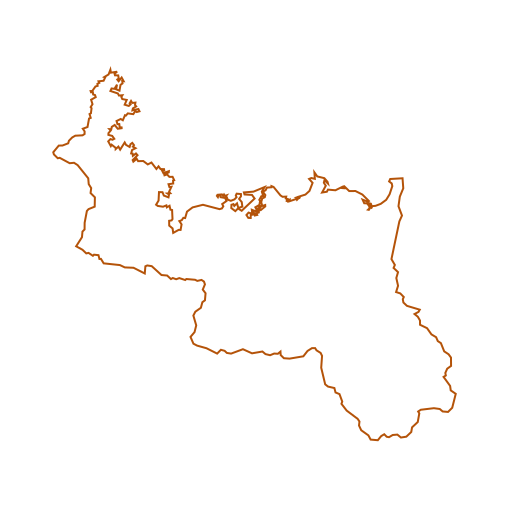 Kankintú, Ngöbe Buglé, Panama, rotated 5°
{"feature_id": "35544464B2015792153620", "entity_name": "Kankintú", "entity_type": "district", "adm_level": 2, "iso_a3": "PAN", "parent_name": "Panama", "parent_adm1": "Ngöbe Buglé", "projection": "orthographic", "projection_center": [-82.082, 8.823], "detail": "fine", "context": "isolated", "style": "outline", "palette": "amber", "viewbox_px": 512, "rotation_deg": 5, "n_neighbors": 0, "source": "geoboundaries", "source_scale": "gbopen_adm2", "svg_char_len": 6070}
<svg xmlns="http://www.w3.org/2000/svg" viewBox="0 0 512 512"><g transform="rotate(5 256 256)"><path d="M76.0,262.0L82.6,264.9L86.7,268.2L88.9,267.5L93.5,270.0L94.5,268.8L99.0,268.9L100.3,272.6L101.8,272.4L104.9,276.6L121.2,276.9L126.3,278.8L135.0,278.4L146.7,283.1L146.7,275.9L148.5,274.9L153.0,275.2L163.5,283.2L169.2,283.2L173.3,286.4L175.0,285.2L178.5,286.1L181.5,284.7L187.6,286.1L188.6,285.0L197.4,285.0L199.7,285.9L203.8,284.6L206.4,286.0L207.6,288.7L205.9,294.1L209.0,297.5L209.0,304.6L206.6,306.7L205.6,312.4L200.4,316.8L198.8,320.8L202.5,330.3L201.4,337.2L197.8,342.3L201.3,348.8L205.1,350.4L214.7,352.2L225.8,356.6L229.2,352.5L233.0,353.2L235.4,355.1L239.7,355.4L251.1,350.0L260.5,353.3L270.7,350.6L274.0,352.9L278.7,353.6L282.6,351.6L286.3,351.5L288.7,349.1L289.2,352.5L292.7,355.4L298.4,355.3L311.9,351.8L315.6,346.1L319.8,342.9L322.9,342.6L324.5,344.7L328.8,346.9L330.5,349.7L330.7,361.6L336.1,377.8L339.1,379.8L345.6,380.7L347.1,385.0L351.2,386.3L354.6,393.5L354.0,395.8L359.8,402.1L371.5,409.4L373.5,411.9L373.4,415.9L376.0,420.4L383.6,424.9L386.2,428.9L393.4,428.9L396.4,424.5L399.3,422.4L402.0,424.7L404.3,424.9L407.8,422.4L412.4,421.6L416.2,424.2L421.5,422.9L426.0,417.8L426.4,413.1L431.6,407.3L432.4,398.6L431.1,396.8L433.6,394.8L446.5,392.1L452.4,392.4L455.5,394.6L460.9,394.6L464.7,390.1L467.0,375.9L461.7,372.9L460.7,368.5L453.4,360.1L455.5,358.5L454.8,356.0L456.3,351.6L459.9,348.5L459.1,340.2L456.4,337.1L451.8,334.6L447.8,326.7L444.5,324.9L442.5,321.2L437.6,318.8L432.7,313.0L425.4,310.2L425.0,306.0L422.5,302.4L419.0,300.0L422.8,297.5L423.8,295.2L410.7,292.5L406.9,289.5L406.0,286.2L406.8,284.0L403.0,280.7L398.7,279.7L400.1,273.3L397.7,265.7L398.9,259.7L394.1,255.9L395.1,252.8L391.2,247.3L395.8,209.0L397.9,203.0L393.6,194.0L394.1,184.3L396.8,175.7L395.2,165.8L383.0,167.6L382.1,170.1L384.9,171.9L385.7,174.5L383.7,182.9L380.8,188.7L375.7,193.2L370.7,195.6L366.9,196.3L365.9,193.9L364.2,193.6L364.8,196.3L367.7,198.3L365.8,197.5L364.4,200.2L363.6,200.1L365.1,198.4L364.2,196.1L362.0,193.9L359.2,194.0L357.3,190.6L362.8,192.2L363.7,191.4L356.6,185.5L349.4,182.6L343.2,183.2L337.8,178.8L336.8,179.2L337.4,180.5L339.4,180.8L335.4,180.8L335.3,180.0L329.4,183.6L321.9,183.6L321.0,185.8L316.3,187.0L319.4,179.9L317.2,177.1L317.6,174.5L321.4,177.6L320.8,175.9L317.3,172.5L310.1,171.4L306.9,167.6L307.9,174.0L304.3,173.5L302.2,174.6L306.0,178.2L303.6,186.5L299.9,190.5L293.1,193.3L295.1,194.7L293.0,193.7L291.2,194.3L293.0,195.1L291.9,196.5L291.3,195.6L284.7,198.5L284.7,197.3L282.4,199.6L283.2,198.1L281.8,198.4L281.8,197.5L283.0,196.6L280.6,196.0L280.9,194.2L277.3,194.7L275.1,193.5L267.5,185.7L265.3,185.0L265.4,186.2L260.9,186.9L259.8,189.7L257.2,191.3L260.0,194.5L259.6,196.7L257.2,198.1L256.5,201.9L257.9,205.6L260.7,204.4L260.9,205.8L256.7,209.9L254.9,209.0L255.0,212.4L252.7,213.4L253.6,215.0L251.4,215.7L251.0,213.6L249.7,213.0L249.7,215.0L247.2,215.5L247.4,218.6L245.0,218.7L242.9,216.0L244.8,213.4L248.6,214.2L247.8,210.3L251.8,211.5L252.3,210.5L254.1,212.1L253.2,210.2L254.4,208.1L252.2,209.2L251.1,207.5L253.8,205.6L255.9,207.6L256.7,206.3L254.9,205.0L255.3,200.7L254.4,199.8L256.1,196.0L257.9,195.5L256.2,191.4L258.5,186.6L247.9,192.1L238.4,193.7L239.2,195.7L246.7,195.5L249.6,198.9L237.8,212.2L233.9,210.2L231.5,213.1L227.2,210.4L227.1,207.1L229.0,206.3L230.0,208.0L232.5,205.2L234.2,209.7L238.1,208.0L237.1,203.5L234.2,200.6L235.8,197.9L235.6,195.6L231.3,195.6L230.6,197.5L231.5,199.1L229.6,201.5L226.1,203.2L222.9,202.3L221.8,200.0L220.3,199.7L221.3,198.2L219.9,198.8L218.8,197.5L218.1,198.9L216.7,197.6L212.3,198.4L211.8,199.5L212.9,200.7L213.4,198.7L215.4,198.9L215.6,200.5L220.2,200.9L221.8,203.8L217.8,207.2L219.1,209.3L217.9,211.6L215.6,212.5L198.7,209.6L188.6,213.1L183.4,217.8L182.1,224.4L180.3,224.3L178.9,226.8L176.6,227.9L179.1,231.0L178.6,236.6L176.7,236.7L171.5,240.2L170.5,235.8L166.9,233.3L166.4,228.5L168.8,227.9L169.6,226.5L168.4,217.5L166.7,217.3L165.5,213.5L162.9,215.3L162.3,213.4L159.1,215.0L153.8,214.7L152.0,213.6L154.1,209.3L153.8,200.8L157.3,200.6L158.9,203.8L163.7,205.2L164.0,202.3L162.3,201.4L165.1,200.9L163.8,199.7L165.7,194.4L163.7,194.8L162.6,192.1L167.2,191.0L166.8,188.1L167.9,187.6L166.0,184.4L162.8,184.7L160.3,182.5L157.8,183.6L157.5,182.7L161.8,180.3L161.8,179.1L156.5,181.5L155.0,179.1L157.1,178.7L156.8,177.5L153.3,177.7L151.1,175.2L149.2,178.0L143.7,172.0L140.2,174.2L135.4,171.2L130.3,171.8L128.7,169.6L125.6,172.7L124.8,171.2L129.2,165.9L127.5,164.3L124.6,166.9L124.2,164.8L122.7,164.7L123.3,161.2L126.6,159.1L123.8,157.8L124.8,156.2L122.9,154.1L121.2,155.6L120.6,158.4L116.8,156.6L115.3,154.3L111.4,161.9L109.4,159.0L106.9,161.7L106.8,160.5L102.5,157.7L101.8,159.2L98.8,154.7L100.8,152.2L102.9,152.7L104.6,151.6L102.3,148.9L98.4,148.2L98.3,146.5L100.3,143.7L98.9,142.4L100.8,142.3L101.1,139.9L103.8,137.8L107.2,141.3L111.0,140.4L110.9,139.6L109.0,139.6L108.3,136.5L106.5,136.7L105.3,133.7L109.3,131.3L111.5,132.4L113.2,127.2L114.1,127.5L115.9,125.1L121.4,125.4L123.1,122.1L124.6,123.0L127.3,122.0L126.0,119.8L120.2,121.7L120.5,119.7L123.6,117.4L122.3,116.1L122.5,113.7L119.4,114.3L118.0,112.4L116.8,114.9L117.8,115.9L116.2,117.6L112.0,116.7L113.6,111.8L109.1,111.3L108.0,109.3L108.9,107.5L105.5,108.1L104.2,106.1L96.6,104.3L97.5,101.7L100.4,101.8L102.6,97.4L102.1,102.1L105.6,103.2L106.1,97.3L108.0,95.7L107.5,93.4L108.9,93.4L106.6,89.9L103.9,93.9L102.4,92.3L103.8,91.1L103.0,88.1L99.8,88.3L99.2,86.7L101.6,84.5L95.5,86.0L94.7,83.1L93.3,88.0L89.2,91.0L90.2,91.3L88.9,94.7L83.9,95.7L84.8,97.2L83.0,98.3L83.4,100.3L81.3,101.1L78.5,105.9L76.9,106.1L77.4,107.3L79.2,107.1L79.7,109.3L81.6,109.7L82.5,111.7L78.1,114.7L79.9,119.0L78.3,122.1L79.3,123.1L79.1,128.2L77.8,129.1L79.3,132.8L77.7,133.6L76.9,142.2L72.4,144.3L74.4,146.8L74.6,149.4L72.7,150.9L65.5,151.9L62.6,153.9L59.6,157.5L59.1,160.1L53.6,162.8L49.9,163.2L45.0,170.3L45.8,172.4L50.0,175.9L51.9,175.3L62.3,179.8L66.6,179.0L70.4,181.0L82.1,193.2L83.1,199.0L85.9,202.7L85.7,207.7L90.4,211.6L91.0,220.9L85.1,223.9L83.6,225.9L82.4,237.8L82.9,244.5L81.0,246.8L81.0,252.4L76.0,262.0Z" fill="none" stroke="#b45309" stroke-width="2"/></g></svg>